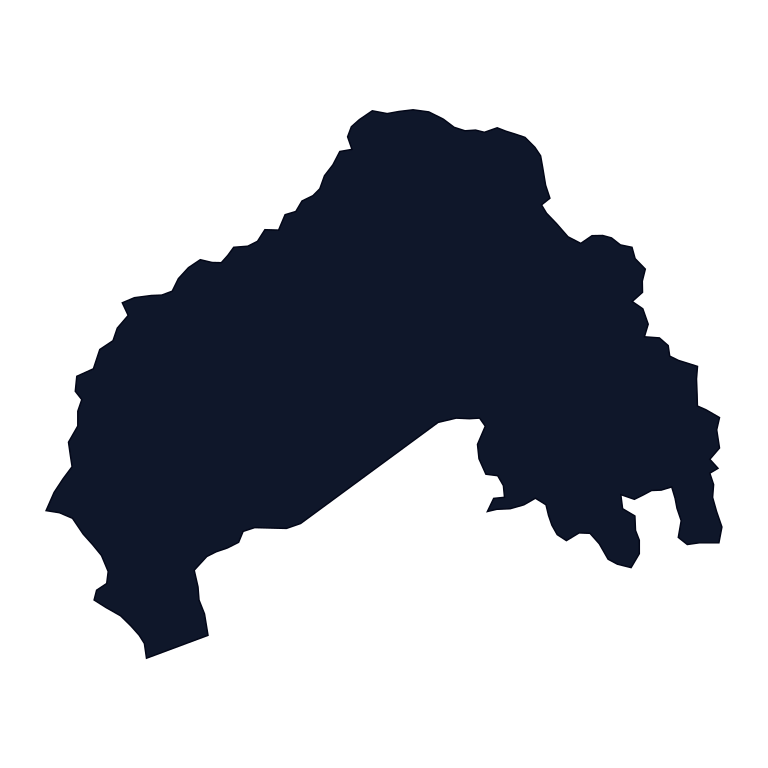 outline of Monte Carlo, Santa Catarina, Brazil
{"feature_id": "56859067B19994928117719", "entity_name": "Monte Carlo", "entity_type": "district", "adm_level": 2, "iso_a3": "BRA", "parent_name": "Brazil", "parent_adm1": "Santa Catarina", "projection": "orthographic", "projection_center": [-50.914, -27.197], "detail": "fine", "context": "isolated", "style": "filled", "palette": "ink", "viewbox_px": 768, "rotation_deg": 0, "n_neighbors": 0, "source": "geoboundaries", "source_scale": "gbopen_adm2", "svg_char_len": 2249}
<svg xmlns="http://www.w3.org/2000/svg" viewBox="0 0 768 768"><path d="M712.6,497.4L713.6,484.6L709.8,473.2L718.0,468.3L709.8,459.3L719.5,448.0L716.7,429.8L719.5,417.6L706.2,409.9L697.4,406.0L697.1,394.6L696.5,379.0L697.5,366.4L687.4,363.2L678.4,360.4L669.7,356.1L668.2,345.6L659.4,337.9L644.4,336.8L648.2,324.2L642.8,308.8L632.2,301.5L642.5,292.3L642.3,281.1L645.3,269.1L635.1,258.6L632.0,247.3L620.4,244.9L611.5,237.9L602.7,235.5L592.0,235.7L580.8,243.4L568.0,236.8L556.4,223.5L546.5,213.2L541.5,204.9L549.9,198.2L545.6,185.2L542.7,167.6L540.6,155.8L534.9,147.3L525.0,137.4L514.9,134.0L505.9,131.2L497.2,127.8L484.4,132.3L475.6,130.1L465.0,130.8L454.1,127.3L443.4,119.2L428.8,111.9L413.1,109.8L398.8,111.5L387.2,113.6L372.3,110.8L359.4,119.6L351.4,126.7L347.6,136.8L352.0,149.4L339.8,151.5L332.9,164.8L324.5,175.7L319.8,188.8L312.9,195.7L302.0,201.0L295.8,211.5L285.1,214.7L278.6,230.1L264.9,229.7L257.5,241.3L247.8,246.2L233.7,247.3L227.8,255.4L221.3,262.7L212.1,262.5L200.3,259.7L188.5,267.6L178.4,278.6L172.2,291.2L161.7,295.1L151.4,295.5L134.4,297.7L122.3,302.8L128.2,315.4L117.3,328.1L113.0,340.7L99.8,349.5L93.4,368.8L76.8,376.3L75.3,391.3L81.8,399.6L77.8,411.2L77.8,426.0L68.5,442.2L70.4,455.5L72.1,466.7L63.2,478.6L54.1,492.4L46.1,510.6L59.4,512.7L72.5,518.3L83.2,534.1L92.6,544.6L101.5,555.5L108.2,571.5L106.7,583.5L96.6,590.2L94.1,600.0L106.3,607.7L120.6,615.8L130.9,625.9L139.1,635.1L144.4,643.5L146.5,658.2L208.0,635.3L204.5,613.9L199.0,600.0L198.0,586.9L194.2,570.2L206.8,556.5L216.1,551.8L227.5,547.9L238.6,542.3L243.1,531.4L254.7,527.6L270.5,528.0L286.5,528.4L300.6,523.5L438.1,422.4L456.2,418.1L469.3,418.7L479.6,418.1L485.3,426.2L477.5,444.4L479.0,458.8L485.9,474.2L497.7,475.7L503.4,485.6L504.5,497.3L493.7,498.4L487.4,511.5L496.7,509.3L510.2,508.7L523.9,504.8L535.4,498.2L546.0,504.8L548.5,515.3L551.9,525.2L557.2,534.6L566.4,540.6L579.1,532.9L590.0,533.3L599.3,543.8L608.1,559.2L617.4,564.2L631.1,567.6L639.3,553.7L639.3,540.2L635.5,530.4L634.9,516.0L622.6,508.7L620.8,494.6L634.4,499.3L643.1,495.0L651.5,490.5L661.2,490.1L671.7,486.9L675.1,498.3L677.0,508.3L681.2,520.7L678.3,537.4L687.3,544.5L699.3,542.8L709.2,542.8L718.9,542.8L721.9,527.0L716.6,511.6L712.6,497.4Z" fill="#0f172a" stroke="#020617" stroke-width="1.5"/></svg>